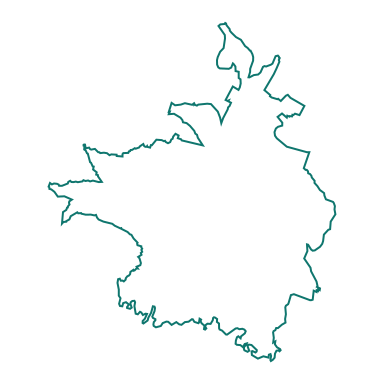 Tecali de Herrera, Puebla, Mexico (Natural Earth projection)
{"feature_id": "50627088B1690235802813", "entity_name": "Tecali de Herrera", "entity_type": "district", "adm_level": 2, "iso_a3": "MEX", "parent_name": "Mexico", "parent_adm1": "Puebla", "projection": "natural_earth1", "projection_center": [-97.988, 18.898], "detail": "fine", "context": "isolated", "style": "outline", "palette": "teal", "viewbox_px": 384, "rotation_deg": 0, "n_neighbors": 0, "source": "geoboundaries", "source_scale": "gbopen_adm2", "svg_char_len": 5978}
<svg xmlns="http://www.w3.org/2000/svg" viewBox="0 0 384 384"><path d="M48.6,186.7L49.3,187.2L49.4,188.9L51.3,189.4L54.4,191.8L57.8,196.6L64.4,196.3L71.9,199.6L69.3,201.4L69.0,202.9L69.5,204.5L67.8,206.5L67.8,207.5L67.0,207.8L66.3,209.9L63.0,212.1L62.0,223.6L63.4,222.0L66.2,221.7L66.2,221.2L69.4,219.4L70.7,216.2L77.3,212.3L78.2,213.3L81.1,213.1L81.4,213.7L85.8,214.7L90.8,214.6L94.4,215.4L96.0,214.9L97.0,217.5L98.6,219.5L103.4,221.6L112.3,223.8L114.7,225.7L120.2,228.3L121.2,228.1L121.3,228.8L127.6,232.0L129.9,234.3L131.4,234.8L133.6,238.5L137.6,242.7L137.1,243.7L137.5,245.2L141.3,246.3L141.3,247.4L142.2,248.7L141.4,249.9L142.2,251.8L140.8,253.0L141.5,254.8L138.2,256.9L139.5,258.3L140.9,263.1L140.3,265.2L136.6,266.7L137.8,268.5L136.6,268.3L134.6,270.4L133.6,270.7L133.3,269.9L130.4,271.9L130.1,274.1L129.0,275.5L127.3,276.3L125.8,278.2L125.6,279.7L123.8,281.4L122.6,280.6L120.8,280.7L119.8,278.7L118.1,279.2L117.5,282.9L118.8,289.6L118.8,295.7L120.5,298.2L119.1,303.8L120.0,306.0L122.3,306.3L123.2,303.1L126.0,302.2L129.0,304.6L127.0,307.1L127.1,308.0L130.1,308.8L131.7,307.6L130.4,303.9L130.7,302.3L132.3,301.0L134.4,300.8L135.1,302.2L134.4,306.1L135.7,313.7L137.8,314.3L140.0,311.8L141.3,312.5L142.9,315.0L145.5,313.7L147.0,313.9L144.9,318.7L142.7,321.0L142.6,323.0L143.4,323.5L147.6,320.5L148.4,317.6L151.1,312.8L152.9,306.3L154.5,306.6L155.0,308.0L154.5,311.2L152.3,316.6L152.9,317.9L155.4,319.2L155.4,320.2L153.8,322.1L153.4,324.4L153.7,325.9L155.9,327.3L160.8,326.0L162.7,323.1L166.4,321.6L168.2,321.8L171.6,324.9L176.3,322.1L179.2,324.3L181.5,324.8L184.9,322.1L188.6,321.7L191.9,319.2L192.8,319.3L194.4,321.9L198.4,323.2L199.0,322.5L199.6,318.7L201.1,319.6L200.5,321.0L201.6,323.3L204.5,325.7L204.0,329.1L205.1,329.6L206.3,328.4L205.2,326.6L205.7,325.0L207.4,323.7L210.6,323.9L212.8,320.2L213.1,318.0L213.9,317.3L214.9,317.5L217.1,319.0L216.9,321.9L219.0,323.5L219.1,328.3L219.6,329.5L222.1,330.6L226.0,334.5L227.1,334.6L235.6,328.5L237.4,328.2L239.3,329.2L242.4,328.8L244.4,329.6L245.7,331.2L244.8,333.4L241.1,336.3L240.6,338.3L238.3,336.3L237.0,337.2L235.9,340.5L235.6,343.8L236.9,344.8L240.4,345.1L242.9,347.1L244.7,344.0L246.8,343.4L246.3,344.8L244.2,346.7L243.9,348.8L244.4,350.3L247.6,351.8L249.2,350.7L247.7,346.7L247.8,345.4L248.9,344.6L251.5,345.0L256.8,350.1L256.6,351.5L255.5,352.5L252.5,351.1L251.6,351.4L251.9,355.0L257.9,358.6L263.4,356.3L268.5,357.6L268.9,354.7L270.5,354.1L271.1,356.0L270.4,360.0L270.9,361.0L272.8,359.8L274.6,357.7L275.0,353.6L276.5,350.7L278.4,350.4L279.5,351.3L280.6,350.2L280.1,349.1L277.0,347.3L274.9,344.3L275.3,341.4L273.2,342.6L273.8,337.8L273.1,332.4L273.6,331.1L275.3,330.2L276.2,328.0L277.9,328.1L282.0,324.6L285.5,322.6L285.1,319.0L285.9,314.3L285.3,307.3L285.9,305.7L288.1,304.2L288.6,303.0L290.9,295.1L293.9,294.2L310.1,300.2L311.6,300.1L312.7,299.7L313.7,290.7L316.6,292.0L316.7,290.3L318.0,291.0L318.1,289.4L319.7,290.2L320.0,288.4L316.9,286.9L317.5,286.0L316.5,281.5L311.1,271.3L310.5,267.7L304.2,258.5L307.4,251.1L307.0,244.4L308.1,244.7L311.1,249.5L312.7,250.7L314.8,250.4L320.0,246.8L322.2,243.9L323.1,241.1L323.9,234.6L328.3,229.8L330.1,229.2L330.7,221.6L335.4,214.3L334.5,209.4L334.9,206.1L333.8,203.0L333.0,201.9L325.9,199.3L324.4,195.5L324.1,193.1L319.9,190.0L317.4,186.1L314.5,182.9L314.6,180.8L311.8,177.5L311.4,175.8L310.1,174.1L308.2,173.3L308.0,171.3L306.8,169.9L305.6,169.9L303.8,168.2L309.3,152.2L306.9,152.2L286.8,146.7L276.8,138.3L275.0,135.7L274.5,132.1L275.9,128.5L278.0,126.8L282.2,125.6L282.3,122.7L277.6,116.9L282.0,113.5L286.8,117.6L287.3,115.7L289.4,116.6L289.7,116.1L292.0,116.4L292.4,114.8L293.3,115.1L295.0,113.7L299.5,115.1L304.4,105.9L290.4,97.8L287.8,94.8L285.9,95.7L280.8,101.0L278.1,98.8L277.4,99.2L271.7,97.5L269.9,96.2L270.3,95.1L264.4,90.1L273.8,74.2L276.5,68.5L279.4,61.7L278.8,60.0L279.7,58.1L279.0,57.7L278.9,56.7L277.9,55.6L275.6,56.2L272.5,63.6L270.9,64.7L266.1,66.5L264.4,66.1L263.0,66.9L260.5,72.4L258.2,74.5L253.8,75.1L249.4,77.4L248.5,77.3L250.1,72.0L250.2,68.8L253.1,60.7L253.2,57.1L252.4,54.2L250.6,50.7L250.0,50.7L247.7,48.0L245.1,46.1L240.9,39.8L236.0,37.1L231.4,32.6L229.8,30.6L229.7,29.2L226.5,25.2L226.1,23.6L225.2,23.0L224.5,24.0L220.3,24.4L218.5,26.0L224.8,35.0L225.0,38.5L223.6,48.1L220.1,51.8L217.7,57.2L217.0,60.1L217.1,64.6L218.3,67.4L219.8,68.4L228.8,68.8L231.2,67.6L232.9,63.4L233.5,63.9L235.4,66.5L235.6,71.1L238.7,71.8L238.7,78.0L240.5,79.3L240.7,83.5L239.8,87.4L238.5,89.9L232.8,86.5L225.6,100.0L227.5,100.9L228.7,100.4L228.2,101.3L231.0,102.7L229.5,106.1L228.1,107.4L227.7,109.4L223.2,118.0L221.3,123.2L220.1,117.6L217.8,111.6L211.0,104.1L207.3,103.7L198.3,104.6L196.9,105.6L194.8,104.8L194.4,103.8L193.9,104.6L193.5,103.7L192.2,104.8L184.9,103.2L180.8,104.6L175.1,105.3L171.6,102.9L168.8,111.9L169.8,111.7L168.8,114.2L174.0,113.8L180.5,117.7L182.4,120.1L183.0,122.3L186.6,123.1L190.0,125.9L194.3,130.9L195.3,133.6L197.0,134.8L197.8,137.7L202.8,145.4L181.7,140.4L181.1,139.3L177.8,138.2L178.6,135.5L175.5,133.8L173.2,136.6L172.6,138.8L171.3,139.5L170.2,142.1L168.0,143.2L165.9,142.1L165.0,140.8L163.9,141.2L161.7,140.1L156.4,139.7L151.9,145.2L150.9,145.1L150.1,147.6L147.4,146.9L147.1,146.1L146.6,146.8L145.3,146.8L144.2,146.1L143.3,144.0L139.9,146.3L139.1,147.5L135.7,148.7L134.8,148.2L132.1,149.9L130.6,150.0L130.1,151.1L128.9,151.4L128.3,152.9L123.3,153.1L122.5,154.2L122.5,156.5L116.7,156.0L116.6,154.7L111.3,154.4L109.5,155.2L107.0,153.2L103.9,152.7L100.2,153.1L99.5,152.3L98.2,152.2L94.9,148.9L91.2,149.6L90.1,149.1L89.1,147.6L85.7,148.3L85.0,144.6L84.1,144.5L83.5,145.0L83.6,145.6L84.5,145.6L84.2,149.5L85.7,150.5L87.0,153.3L87.8,153.6L90.1,162.2L91.0,162.7L92.7,166.4L93.7,166.6L93.1,169.5L96.7,172.3L96.2,174.6L97.9,175.1L98.0,176.4L101.8,181.9L98.8,182.1L92.9,180.6L90.1,181.4L88.1,180.5L85.5,181.0L83.4,180.2L82.4,181.4L77.8,182.2L75.8,181.6L73.6,182.1L71.4,182.0L70.2,180.8L68.3,181.9L67.8,183.5L62.0,185.8L59.1,185.8L58.7,184.6L57.0,183.8L54.0,183.5L51.9,184.4L50.0,183.0L48.6,186.7Z" fill="none" stroke="#0f766e" stroke-width="2"/></svg>